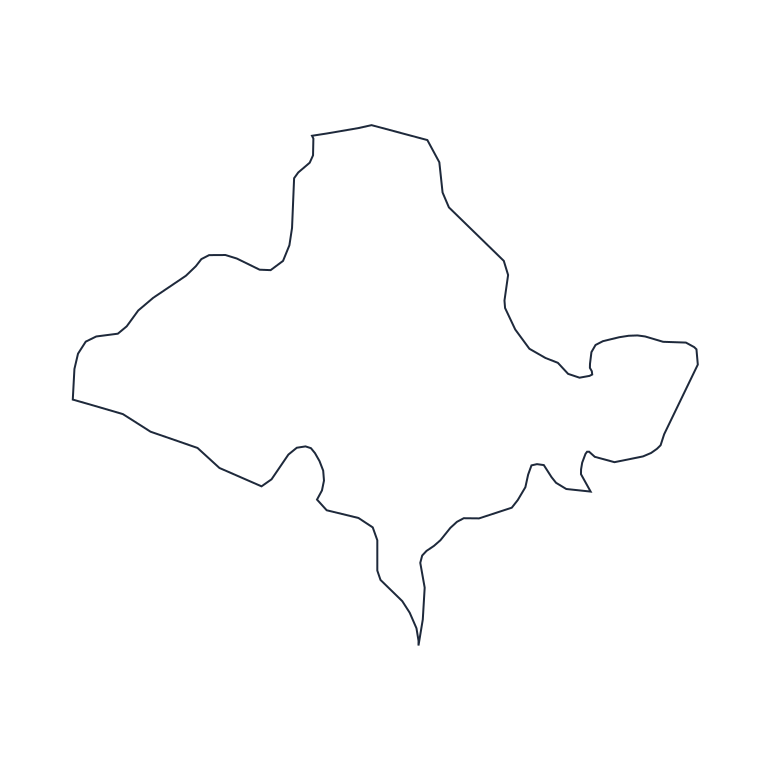 an SVG outline of Ocotepeque, rotated 7°
{"feature_id": "HND-653", "entity_name": "Ocotepeque", "entity_type": "Department", "adm_level": 1, "iso_a3": "HND", "parent_name": "Honduras", "parent_adm1": "", "projection": "mercator", "projection_center": [-89.003, 14.47], "detail": "fine", "context": "isolated", "style": "outline", "palette": "slate", "viewbox_px": 768, "rotation_deg": 7, "n_neighbors": 0, "source": "natural_earth", "source_scale": "10m", "svg_char_len": 1645}
<svg xmlns="http://www.w3.org/2000/svg" viewBox="0 0 768 768"><g transform="rotate(7 384 384)"><path d="M91.7,439.7L77.0,437.4L74.9,406.8L76.6,391.2L82.8,378.3L92.6,371.9L113.7,366.5L121.6,358.1L131.1,341.0L144.4,326.6L174.2,300.7L182.9,290.0L187.5,282.3L194.7,277.4L210.9,275.3L222.6,277.4L246.6,285.7L257.6,284.8L268.8,274.1L273.2,257.8L273.7,240.3L269.7,190.7L273.1,184.5L283.3,173.4L285.7,165.7L284.0,149.0L282.3,146.4L296.8,142.3L327.7,133.0L340.1,128.6L397.3,136.6L411.9,157.2L418.8,186.8L426.9,200.8L487.9,247.2L493.9,260.7L493.4,286.5L494.9,293.8L507.6,313.9L524.0,331.3L541.1,338.5L554.0,341.8L565.5,351.5L577.3,353.9L587.0,350.9L589.5,349.2L588.7,346.0L586.4,342.9L586.0,338.9L586.0,327.1L589.2,319.5L596.1,314.8L611.8,308.9L621.0,306.3L629.7,304.9L637.4,305.0L655.9,308.1L678.6,306.1L687.4,309.6L689.9,311.5L693.1,326.5L668.2,399.7L666.0,411.1L662.8,415.1L657.5,419.9L649.9,424.3L622.3,433.5L602.1,430.6L595.8,426.2L593.8,426.5L592.5,428.8L590.3,437.9L590.0,444.7L590.5,449.5L602.2,465.6L577.7,466.0L566.8,461.1L561.6,456.0L552.5,445.0L545.6,444.9L540.3,446.8L538.1,456.4L536.9,469.2L530.9,482.9L525.9,491.2L494.7,505.8L479.5,507.5L473.2,511.9L467.4,518.7L459.1,532.1L453.3,538.6L446.6,544.4L442.8,549.6L441.8,557.1L449.2,581.2L451.2,613.0L450.1,639.4L449.6,634.8L446.0,622.5L437.4,607.9L428.6,597.3L404.4,578.9L400.1,570.0L396.4,539.9L390.3,527.7L375.0,520.1L342.5,516.3L331.6,506.9L335.4,497.2L336.2,487.2L334.2,477.4L329.4,468.4L323.9,461.0L319.3,456.6L313.7,455.5L305.2,457.9L297.7,465.7L284.0,492.3L274.9,500.5L230.9,487.4L206.7,470.2L158.1,459.8L128.5,445.7L91.7,439.7Z" fill="none" stroke="#1e293b" stroke-width="2"/></g></svg>